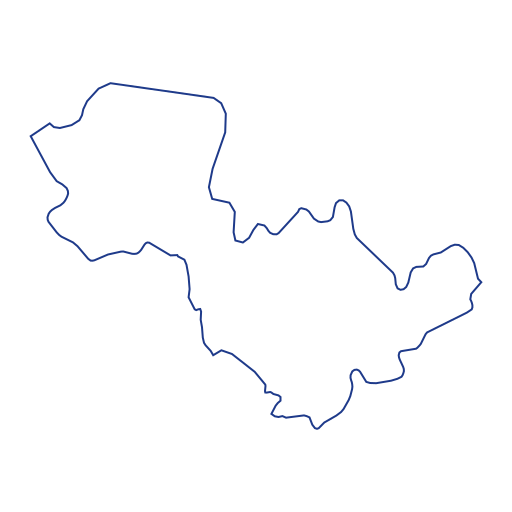 Terni, Albers equal-area conic projection
{"feature_id": "ITA-5433", "entity_name": "Terni", "entity_type": "Province", "adm_level": 1, "iso_a3": "ITA", "parent_name": "Italy", "parent_adm1": "", "projection": "albers", "projection_center": [12.428, 42.653], "detail": "fine", "context": "isolated", "style": "outline", "palette": "blue", "viewbox_px": 512, "rotation_deg": 0, "n_neighbors": 0, "source": "natural_earth", "source_scale": "10m", "svg_char_len": 2737}
<svg xmlns="http://www.w3.org/2000/svg" viewBox="0 0 512 512"><path d="M110.5,83.2L213.6,97.9L221.2,103.2L225.8,113.7L225.2,132.4L212.6,168.8L208.9,187.2L212.2,198.9L229.4,202.7L234.8,211.9L233.6,232.3L235.4,240.5L242.9,242.5L249.1,237.8L253.4,229.9L257.9,224.0L264.4,225.5L266.8,228.2L268.3,230.7L270.1,232.8L273.2,234.2L276.6,234.3L278.6,233.1L298.0,211.9L299.3,209.1L301.3,208.2L306.3,209.5L308.9,211.5L313.9,218.6L318.2,221.5L321.1,222.1L327.6,221.3L330.3,220.2L332.9,217.0L334.6,207.3L336.0,203.1L339.3,200.3L343.0,200.3L346.4,202.6L349.2,206.4L350.9,211.5L353.3,228.8L354.8,234.4L356.8,238.0L393.0,272.7L394.5,275.4L395.2,278.1L395.8,284.3L397.6,288.4L400.5,289.8L403.6,289.2L406.2,287.0L408.3,282.6L410.7,272.4L413.1,268.4L416.3,266.9L423.3,266.5L426.1,264.0L429.0,258.0L430.9,255.7L433.4,254.4L440.8,252.5L450.8,246.1L454.8,244.7L458.8,245.0L463.3,247.8L467.7,252.2L471.5,257.5L474.2,263.1L478.0,278.7L481.3,282.2L471.2,293.9L470.3,299.3L471.2,301.1L471.9,303.0L472.4,305.2L472.4,307.4L471.7,309.4L466.9,312.6L427.1,332.4L425.6,334.2L420.8,343.9L419.6,345.4L417.4,347.7L416.4,348.5L416.1,348.7L401.0,351.2L399.4,352.5L398.7,355.2L399.0,357.4L399.7,359.5L403.2,367.0L403.8,369.0L403.9,371.2L403.3,373.3L402.6,375.1L401.5,376.8L397.4,378.8L391.1,380.7L376.2,383.2L370.1,383.0L366.3,381.9L360.1,371.8L358.7,370.4L356.8,369.6L354.4,369.9L352.3,371.4L350.6,375.2L350.5,377.9L351.1,380.2L351.8,382.2L352.2,384.3L352.4,386.7L352.1,389.1L350.3,396.1L348.7,400.0L343.6,409.0L341.1,412.0L336.3,415.6L324.3,422.5L318.7,428.2L317.0,428.8L314.9,428.1L312.3,424.7L309.5,417.4L306.6,416.1L304.0,415.4L286.6,417.6L286.1,417.7L282.4,416.1L278.5,417.0L274.8,416.3L271.4,413.9L275.7,405.6L277.8,403.0L280.5,400.7L280.5,397.0L278.5,395.4L273.4,394.0L271.4,392.5L270.2,392.0L266.6,392.6L265.3,392.5L265.0,391.1L265.5,386.0L265.3,384.6L254.7,371.8L232.0,354.0L221.4,350.3L213.2,355.2L210.7,350.9L205.6,345.3L204.0,342.8L202.8,337.6L202.0,327.2L200.7,319.8L201.1,311.6L200.2,309.0L198.3,309.3L196.2,310.1L194.7,309.3L188.6,297.3L189.6,289.2L188.6,276.5L186.5,264.8L184.4,259.7L178.0,256.4L177.3,255.1L170.5,255.4L149.2,242.7L147.3,242.5L145.8,243.2L144.5,244.6L141.2,249.8L139.9,251.3L138.5,252.6L136.7,253.6L134.6,253.9L132.2,253.8L123.3,251.5L121.0,251.6L108.0,254.5L94.4,260.3L92.6,260.7L90.6,260.6L88.2,258.8L77.5,246.2L73.0,242.4L61.5,236.7L59.2,235.0L56.7,232.4L48.5,221.8L47.7,219.8L47.5,217.3L48.7,213.7L50.1,211.7L51.9,210.0L55.1,207.9L60.4,205.3L63.4,202.8L64.7,201.2L65.8,199.4L66.7,197.6L67.5,195.7L68.1,193.6L67.9,191.0L66.6,188.1L62.3,184.4L56.7,181.2L50.1,172.2L30.7,136.2L49.7,123.4L53.9,127.1L59.9,128.0L71.6,125.1L79.4,120.2L82.0,115.2L83.3,109.2L87.1,101.2L98.6,88.6L110.5,83.2Z" fill="none" stroke="#1e3a8a" stroke-width="2"/></svg>